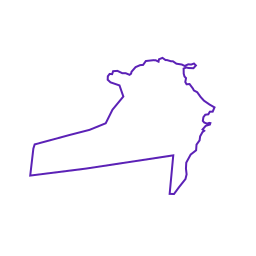 the district of Turtkul, Karakalpakstan, Uzbekistan, rotated 118°
{"feature_id": "79887680B61567760278746", "entity_name": "Turtkul", "entity_type": "district", "adm_level": 2, "iso_a3": "UZB", "parent_name": "Uzbekistan", "parent_adm1": "Karakalpakstan", "projection": "equal_earth", "projection_center": [61.273, 41.464], "detail": "fine", "context": "isolated", "style": "outline", "palette": "violet", "viewbox_px": 256, "rotation_deg": 118, "n_neighbors": 0, "source": "geoboundaries", "source_scale": "gbopen_adm2", "svg_char_len": 1128}
<svg xmlns="http://www.w3.org/2000/svg" viewBox="0 0 256 256"><g transform="rotate(118 128 128)"><path d="M215.9,192.0L183.6,146.1L130.9,75.2L166.6,60.3L164.7,56.4L156.4,55.2L146.1,53.3L141.4,54.5L136.6,57.8L131.2,60.3L122.0,60.2L115.7,57.4L110.5,59.7L105.3,59.0L101.5,60.4L96.6,60.3L94.7,59.4L94.3,61.5L89.6,60.4L86.5,57.3L85.0,57.6L85.3,58.6L87.0,60.2L87.4,63.2L86.6,65.3L83.0,66.5L80.0,66.0L78.2,63.5L75.2,63.4L73.8,60.9L69.2,61.3L69.0,67.0L68.2,73.8L66.5,78.5L63.9,83.7L63.9,87.5L62.7,89.2L60.3,94.3L61.9,96.8L60.5,99.0L56.7,100.2L56.0,102.3L53.9,104.3L49.4,106.8L47.2,105.0L46.6,102.7L44.5,98.3L40.9,97.4L40.1,100.0L42.3,102.0L43.5,104.7L46.6,107.1L46.7,110.3L48.5,115.5L48.0,119.6L48.9,121.4L49.7,125.4L50.4,126.7L49.9,130.5L52.8,132.9L55.1,132.2L55.2,135.4L56.4,137.7L59.6,142.4L60.5,143.7L65.2,144.3L66.8,146.8L70.7,149.9L76.7,151.3L78.6,150.8L80.3,151.6L80.7,155.7L82.3,158.8L82.5,164.1L84.8,167.8L87.9,167.3L88.9,169.6L91.8,170.1L94.9,168.6L95.9,164.9L94.4,155.5L102.4,146.9L119.1,150.3L134.3,149.9L147.7,161.1L161.4,176.1L186.3,202.7L190.6,201.9L215.9,192.0Z" fill="none" stroke="#5b21b6" stroke-width="2"/></g></svg>